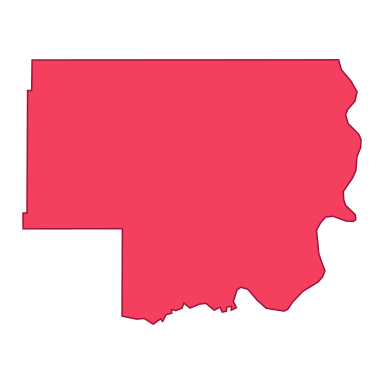 Dewey, South Dakota, United States of America (Equal Earth projection)
{"feature_id": "52423323B50673090561410", "entity_name": "Dewey", "entity_type": "district", "adm_level": 2, "iso_a3": "USA", "parent_name": "United States of America", "parent_adm1": "South Dakota", "projection": "equal_earth", "projection_center": [-100.659, 45.099], "detail": "fine", "context": "isolated", "style": "filled", "palette": "rose", "viewbox_px": 384, "rotation_deg": 0, "n_neighbors": 0, "source": "geoboundaries", "source_scale": "gbopen_adm2", "svg_char_len": 982}
<svg xmlns="http://www.w3.org/2000/svg" viewBox="0 0 384 384"><path d="M361.0,139.4L358.8,134.4L348.1,123.5L345.6,114.4L347.8,109.4L354.9,101.2L357.1,91.8L350.9,81.0L341.4,69.8L338.6,59.8L265.5,59.9L32.1,60.0L31.7,90.5L27.6,90.5L27.0,213.0L23.0,213.0L23.1,228.8L122.4,228.7L122.0,316.1L136.6,319.1L144.2,318.5L153.2,324.2L160.5,318.9L162.7,321.4L166.1,314.6L171.7,313.3L171.6,309.5L175.8,310.6L182.0,308.1L183.9,303.1L189.9,308.1L199.3,304.2L205.8,303.3L214.2,310.2L220.1,307.2L222.2,312.1L226.3,311.3L226.8,307.0L231.4,306.4L231.3,310.2L236.5,307.6L233.3,301.6L237.1,289.8L240.7,287.3L247.7,289.1L257.2,300.2L266.1,308.2L284.0,311.1L287.8,309.3L292.4,302.4L302.6,291.5L318.0,282.0L322.4,277.2L325.0,270.8L321.8,262.7L318.8,253.6L316.5,230.1L320.8,222.4L325.8,217.0L333.1,216.3L346.0,221.0L353.2,221.4L355.8,219.6L355.3,214.7L345.8,205.6L343.8,200.3L343.3,191.5L352.7,177.7L355.9,170.4L357.0,156.5L360.7,147.4L361.0,139.4Z" fill="#f43f5e" stroke="#9f1239" stroke-width="1.5"/></svg>